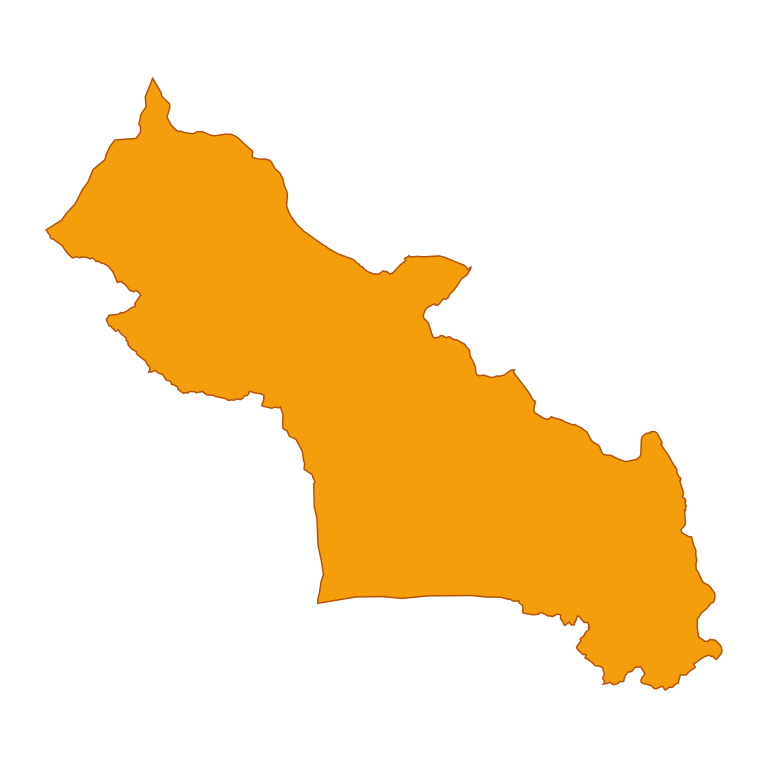 South East Malekula, Malampa, Vanuatu
{"feature_id": "77236927B5490091431503", "entity_name": "South East Malekula", "entity_type": "district", "adm_level": 2, "iso_a3": "VUT", "parent_name": "Vanuatu", "parent_adm1": "Malampa", "projection": "albers", "projection_center": [167.679, -16.314], "detail": "fine", "context": "isolated", "style": "filled", "palette": "amber", "viewbox_px": 768, "rotation_deg": 0, "n_neighbors": 0, "source": "geoboundaries", "source_scale": "gbopen_adm2", "svg_char_len": 6102}
<svg xmlns="http://www.w3.org/2000/svg" viewBox="0 0 768 768"><path d="M46.1,229.9L49.7,235.1L50.6,238.0L51.4,238.8L53.0,238.9L61.9,245.4L66.9,252.5L71.3,257.2L72.7,257.9L77.0,256.7L79.9,257.9L81.2,257.1L85.6,257.1L90.3,258.9L91.3,258.1L93.3,258.2L96.1,261.5L97.1,261.1L98.4,261.4L101.7,263.2L103.8,263.5L108.1,266.2L112.8,271.6L117.3,282.4L121.7,281.5L123.3,283.5L124.5,283.6L129.9,290.4L133.9,291.7L135.4,290.7L136.8,290.9L139.4,293.1L140.6,295.2L134.6,303.9L135.3,306.2L130.1,308.5L128.1,310.4L122.9,313.1L120.6,312.5L118.5,314.3L109.2,315.2L106.3,319.7L109.0,325.7L110.8,326.4L112.6,328.5L114.1,329.2L114.8,330.8L116.0,331.2L118.3,329.6L120.0,332.7L126.3,338.1L126.0,340.2L127.8,341.8L128.1,344.8L131.8,349.1L136.1,351.5L137.0,354.4L145.3,360.8L147.4,364.7L149.5,366.7L149.9,370.1L148.7,372.2L150.7,371.7L151.5,372.1L153.3,370.9L155.6,370.7L158.2,372.9L160.5,373.9L162.5,374.1L166.2,380.2L169.9,380.9L170.8,381.8L171.6,384.4L173.3,384.6L177.8,387.1L177.9,389.3L183.5,393.4L185.5,392.6L187.9,393.1L188.5,392.2L190.2,391.5L195.1,391.8L196.2,392.8L203.0,391.4L203.1,392.2L207.2,395.0L213.3,395.3L215.0,396.3L225.5,398.6L227.1,399.9L229.2,400.4L231.6,399.8L233.1,400.2L235.1,399.8L236.1,398.8L240.5,399.6L243.3,397.9L243.9,396.4L247.9,395.0L249.4,391.5L251.7,391.8L254.0,392.8L260.5,393.7L263.8,395.3L263.8,399.6L261.7,405.4L263.3,406.3L271.6,408.2L276.0,407.0L278.1,408.0L280.4,406.8L283.0,414.5L282.6,423.5L283.0,428.5L287.2,431.1L289.3,436.2L296.0,439.4L302.3,451.3L303.5,459.7L304.6,463.7L304.1,469.2L312.2,474.7L312.9,477.6L315.3,482.0L313.7,483.6L314.3,506.6L316.9,518.1L318.1,545.5L321.6,562.0L323.4,574.4L321.0,581.9L319.5,592.7L318.0,598.5L317.7,603.3L356.2,596.9L382.4,596.6L402.2,598.4L427.6,595.9L471.3,595.5L486.0,597.0L500.9,597.2L508.4,599.4L509.8,598.9L513.1,601.1L517.9,601.1L518.7,600.6L519.1,603.0L522.5,605.3L523.0,608.1L522.7,611.6L523.3,613.1L531.5,614.6L534.8,614.7L539.0,614.1L539.8,612.9L541.4,612.4L548.2,616.0L550.5,615.9L552.1,616.7L556.9,614.3L559.1,614.2L560.7,615.4L560.5,618.6L562.8,621.7L564.1,625.0L565.0,625.4L569.2,622.1L571.3,625.0L573.6,625.1L574.5,624.2L574.7,621.6L575.5,621.6L577.6,615.7L580.6,617.7L581.1,619.1L584.3,622.5L587.7,622.5L588.8,624.3L588.4,625.3L588.9,626.3L588.4,627.1L589.4,627.4L588.6,627.9L589.0,629.4L585.7,632.2L583.8,635.9L580.4,638.7L580.2,639.7L581.0,640.4L580.9,641.0L577.0,646.2L576.5,647.8L578.3,650.3L583.1,654.6L585.5,654.6L586.1,655.6L585.0,657.7L585.2,658.3L586.9,658.8L592.6,662.8L594.8,665.3L596.9,666.1L600.1,666.2L602.7,668.0L604.1,673.5L604.1,675.5L603.0,677.1L602.8,678.2L604.3,680.9L604.3,682.7L603.2,684.1L607.5,683.3L609.5,682.1L612.7,684.2L614.7,684.7L618.6,683.0L619.0,682.1L620.1,681.5L623.5,681.5L625.4,675.2L626.7,673.9L627.3,672.4L631.8,671.4L635.2,667.2L640.8,667.0L644.9,673.7L641.9,677.9L641.0,680.1L641.2,682.4L642.5,683.3L651.2,685.6L654.2,688.5L655.7,688.8L662.2,686.3L662.9,686.6L664.7,689.7L666.1,689.7L669.0,687.4L672.2,687.4L675.7,684.0L678.1,683.3L680.3,674.8L686.1,675.0L689.4,671.4L695.0,667.6L695.0,666.5L693.4,664.2L701.4,658.5L705.0,656.4L709.0,655.2L710.8,656.2L713.1,656.4L713.8,657.5L716.3,659.5L720.9,654.1L721.9,651.8L721.5,647.8L720.6,645.6L715.2,640.1L709.6,639.5L708.3,641.1L704.9,641.4L699.0,637.1L698.5,636.2L697.2,627.6L697.4,619.0L701.8,612.5L706.6,608.7L711.1,603.0L712.8,602.6L713.5,601.9L714.7,599.1L714.9,595.0L714.4,592.7L709.6,586.2L707.3,584.6L706.3,584.4L705.3,583.4L704.2,583.2L702.3,581.2L697.8,571.5L696.1,569.2L696.0,563.1L696.8,560.4L695.9,555.6L695.8,550.4L692.9,543.0L691.6,536.9L688.9,536.7L681.9,532.8L681.0,530.3L681.3,529.1L684.7,525.4L685.4,523.1L684.5,510.5L685.5,510.5L685.6,506.4L686.3,506.0L685.3,504.3L685.2,502.5L685.8,501.5L684.8,498.4L682.8,497.5L682.5,496.7L683.7,493.7L679.8,480.7L680.7,480.0L680.5,477.9L679.0,476.7L677.1,473.3L676.8,469.8L676.0,468.0L673.5,464.6L669.2,456.7L660.4,443.7L661.6,444.4L662.1,442.4L657.0,433.0L654.7,431.6L650.7,431.7L650.2,432.8L646.4,433.3L642.5,436.3L641.4,439.2L640.8,454.5L639.9,456.7L636.5,459.3L628.0,461.3L624.6,461.5L617.0,458.5L611.3,455.5L604.4,454.8L603.1,454.2L601.9,452.5L599.6,446.9L598.4,445.1L592.8,441.8L591.3,440.2L586.6,431.5L584.6,430.6L581.3,427.9L574.5,424.5L572.4,424.8L565.2,422.0L561.4,419.8L554.4,418.0L551.3,416.7L548.2,419.5L543.9,418.4L534.7,412.6L533.9,410.7L534.0,408.4L535.2,402.9L534.9,400.8L533.0,400.0L528.9,392.7L514.5,373.6L513.4,371.3L514.3,370.0L511.1,370.1L504.4,375.0L499.1,376.3L496.9,375.9L493.3,377.3L490.7,377.4L484.0,375.2L478.4,375.7L476.7,374.5L475.9,372.7L475.5,367.8L474.7,365.1L470.1,355.6L469.6,350.4L465.7,346.1L465.0,344.5L456.8,339.9L453.4,339.4L449.3,336.6L446.2,337.7L442.9,335.9L440.5,335.6L438.9,337.2L434.5,337.9L432.8,336.9L428.4,323.1L423.3,317.4L423.6,314.3L425.2,310.0L427.1,307.8L433.9,303.9L434.9,304.0L434.9,304.7L436.0,305.3L438.6,304.7L442.3,299.8L444.0,298.7L445.6,299.2L447.7,298.3L449.9,293.8L452.4,291.8L456.8,286.2L461.3,279.0L467.3,274.6L470.7,268.8L470.9,267.1L469.1,268.4L469.6,269.1L468.0,270.0L466.7,267.6L464.4,265.4L444.7,257.4L439.5,255.9L424.5,256.8L417.1,256.4L410.2,257.0L409.0,255.7L406.6,257.6L405.1,258.0L404.7,258.7L405.6,260.6L400.1,265.1L392.5,273.2L389.6,273.9L387.0,271.6L386.1,271.7L383.3,270.8L378.5,274.2L373.6,273.9L368.1,271.9L364.7,269.5L362.4,266.8L360.6,266.3L359.2,264.3L357.4,263.4L353.3,259.5L337.5,253.7L326.7,247.4L326.0,246.4L323.7,245.3L303.6,231.1L296.8,224.5L290.9,216.1L288.7,211.8L286.6,206.2L287.4,194.5L286.8,191.4L284.3,185.8L282.8,178.6L279.7,172.9L275.0,168.6L271.5,162.1L269.7,160.4L265.6,159.0L259.3,159.2L253.1,157.6L251.9,156.7L252.7,153.3L252.6,151.0L245.4,145.1L238.7,138.5L236.1,136.6L231.5,134.4L225.2,134.2L214.2,135.9L210.3,135.0L202.1,131.7L196.9,131.8L193.2,133.7L184.7,132.7L180.9,131.2L178.4,131.5L176.8,130.8L171.1,125.0L167.3,117.8L167.0,116.8L169.7,108.0L169.7,104.0L161.9,96.5L160.7,91.9L152.7,78.3L145.3,96.7L146.0,106.8L141.3,113.7L140.4,116.1L140.4,118.1L138.9,123.8L140.6,127.4L140.4,132.3L136.0,138.4L114.9,140.0L109.7,146.9L106.1,154.7L105.0,159.6L93.0,169.6L88.2,181.6L82.3,189.8L75.5,203.4L66.0,213.9L61.8,220.0L46.1,229.9Z" fill="#f59e0b" stroke="#b45309" stroke-width="1.5"/></svg>